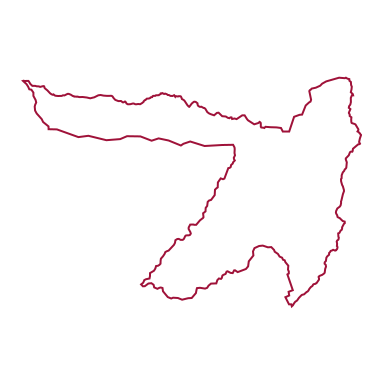 the district of Tambores, Paysandú, Uruguay
{"feature_id": "84410073B26117167453327", "entity_name": "Tambores", "entity_type": "district", "adm_level": 2, "iso_a3": "URY", "parent_name": "Uruguay", "parent_adm1": "Paysandú", "projection": "natural_earth1", "projection_center": [-56.592, -32.019], "detail": "fine", "context": "isolated", "style": "outline", "palette": "rose", "viewbox_px": 384, "rotation_deg": 0, "n_neighbors": 0, "source": "geoboundaries", "source_scale": "gbopen_adm2", "svg_char_len": 5951}
<svg xmlns="http://www.w3.org/2000/svg" viewBox="0 0 384 384"><path d="M291.8,306.3L292.9,305.3L294.0,303.4L295.2,301.8L297.1,300.5L298.9,297.9L301.2,295.5L301.9,294.9L304.1,294.3L306.7,291.9L307.5,291.6L308.4,290.6L309.4,288.8L310.9,287.0L312.4,286.0L313.2,284.5L313.9,284.1L315.2,283.9L315.7,283.4L316.4,283.3L319.0,279.6L319.0,278.4L318.6,277.1L318.7,276.6L319.8,275.8L322.3,274.8L324.3,273.3L324.7,272.6L325.2,268.8L326.0,266.7L325.7,264.8L324.6,263.7L324.6,262.9L324.8,262.2L325.9,261.0L326.4,257.6L327.3,256.3L329.1,254.7L329.1,253.0L330.0,252.1L330.7,250.9L332.0,250.5L333.1,249.8L335.1,250.6L335.6,250.2L336.2,250.2L336.7,249.3L337.1,249.0L337.5,247.6L337.3,246.4L336.9,246.1L337.1,243.7L336.7,241.5L337.2,240.5L338.3,239.7L338.6,239.0L338.8,237.5L338.4,236.8L338.2,233.4L339.4,232.9L340.7,230.5L341.7,229.8L342.1,228.7L342.1,227.3L343.9,223.9L344.8,223.1L344.7,221.6L342.7,221.0L339.6,218.0L338.3,217.5L337.5,216.9L337.2,215.3L336.3,213.8L335.9,212.7L336.1,211.1L337.3,208.5L339.8,206.6L340.6,205.4L341.1,203.1L341.0,201.5L341.4,200.5L342.9,194.2L344.0,191.1L343.9,189.9L342.9,186.4L342.1,184.9L341.1,181.3L341.0,179.1L341.6,178.3L341.7,175.2L342.8,172.4L344.2,170.8L344.7,169.5L345.9,168.4L346.3,167.6L346.8,162.3L345.8,159.5L345.8,158.4L348.8,155.3L349.7,152.9L350.2,152.0L351.0,151.6L352.3,151.7L352.7,150.9L352.8,149.7L353.0,148.7L358.1,144.4L359.6,144.1L360.0,143.7L359.1,142.0L359.9,138.4L361.0,135.2L361.0,134.9L360.4,134.4L360.1,133.5L359.5,133.2L358.8,132.2L357.5,131.5L358.4,129.9L358.3,129.2L355.5,124.5L354.7,124.0L351.9,123.1L351.5,122.7L351.3,121.7L351.2,119.4L351.4,117.3L349.7,116.0L349.7,114.5L348.9,113.1L348.9,112.6L350.4,109.1L348.8,107.8L349.1,106.2L350.3,104.6L350.9,102.1L350.8,97.9L351.9,95.3L353.1,95.3L352.8,94.1L350.8,92.2L351.5,89.4L351.8,86.7L351.1,85.0L350.9,82.0L349.4,80.7L349.3,79.1L347.5,78.7L345.9,77.7L344.9,78.2L339.1,77.7L326.2,81.4L322.1,83.7L320.2,85.7L315.8,87.7L311.7,88.6L310.6,89.8L309.8,90.2L309.3,91.1L311.1,99.8L310.5,101.6L309.1,102.4L305.7,105.5L302.1,114.6L299.6,114.8L294.1,116.8L289.2,131.5L282.8,131.5L281.0,128.0L276.6,127.4L270.2,127.2L265.5,126.8L264.3,128.0L263.5,127.7L261.3,127.5L260.8,126.8L260.8,123.7L260.6,122.7L260.1,122.2L259.5,121.9L258.9,122.7L258.1,123.1L254.2,124.3L248.0,120.3L247.0,119.1L244.6,115.3L242.3,115.3L236.6,119.1L234.5,118.5L232.1,119.0L231.5,117.4L230.4,117.4L229.4,118.2L227.8,117.8L225.8,116.5L222.2,116.2L218.6,112.7L216.9,112.9L214.1,115.3L211.1,114.3L209.2,113.5L207.3,112.1L205.4,108.9L204.9,108.4L204.3,108.0L203.7,108.0L201.3,106.7L200.0,106.9L198.4,106.1L197.6,104.8L197.5,103.3L195.7,101.9L194.2,101.7L193.6,102.0L191.8,103.5L189.3,106.8L188.9,106.7L187.5,105.3L184.6,100.9L183.7,100.0L181.9,99.0L181.5,97.7L180.9,96.5L180.2,96.2L178.6,96.2L178.0,96.5L176.5,96.2L175.9,96.5L175.3,96.1L175.1,96.6L174.1,95.2L172.5,96.0L170.5,95.9L168.8,95.0L167.8,95.0L166.8,94.2L165.1,93.6L164.1,94.0L162.8,93.3L162.3,93.1L161.8,93.5L161.3,93.3L160.7,93.4L160.5,94.1L159.3,94.7L158.8,95.2L155.9,95.3L155.4,95.8L153.1,95.9L152.4,96.5L152.2,97.1L150.6,97.4L150.2,98.0L149.0,98.5L146.7,98.7L145.4,100.1L144.7,100.2L143.7,101.3L143.6,101.8L142.2,103.0L140.2,104.2L138.1,104.0L136.1,104.3L135.2,104.2L133.7,103.5L132.9,103.5L130.3,104.2L127.9,104.3L126.6,103.6L125.5,101.8L125.0,101.5L123.6,102.3L122.7,102.3L121.0,101.0L118.4,101.1L115.3,99.9L113.7,98.2L112.5,96.4L111.7,95.9L111.0,95.8L107.3,95.9L103.5,95.6L100.6,95.0L98.3,95.3L94.3,97.3L90.2,98.3L86.8,97.5L82.6,97.0L79.2,97.1L77.6,96.6L77.0,96.8L76.4,96.6L74.2,96.6L73.9,96.2L72.8,96.0L70.8,94.7L68.8,93.9L67.5,93.9L64.5,95.4L63.0,95.3L61.7,95.9L58.1,96.0L55.9,95.8L55.0,95.6L53.5,94.4L52.9,94.8L51.5,94.3L50.1,93.3L47.4,90.4L45.2,88.6L44.5,87.8L44.2,86.4L43.8,86.1L43.2,86.1L40.1,86.9L38.9,86.4L36.7,86.3L35.3,85.9L32.4,85.9L30.4,84.0L28.7,81.2L28.3,80.9L24.6,81.0L23.6,80.7L23.0,80.9L26.5,84.1L28.1,86.6L29.3,89.3L31.4,89.7L33.4,92.6L33.4,95.9L35.6,100.0L36.2,102.5L35.2,104.7L34.7,106.6L35.1,110.6L36.7,113.5L41.7,119.1L43.1,122.0L48.5,126.4L48.6,129.2L56.9,129.4L78.4,137.1L88.4,135.8L106.4,140.2L120.2,139.1L127.0,136.2L140.4,136.4L151.6,140.7L158.6,138.4L168.6,140.5L180.9,145.5L183.4,143.8L190.2,141.5L204.6,146.0L222.2,145.0L233.1,144.8L234.5,147.4L234.7,149.0L234.5,153.1L235.0,155.3L233.8,157.8L234.0,159.1L234.8,160.5L233.0,162.4L232.8,163.5L231.1,165.0L230.7,167.0L229.6,167.9L228.3,168.1L224.4,178.6L223.0,179.2L220.7,178.4L217.9,182.4L217.7,187.4L216.4,188.3L215.0,189.7L214.7,195.1L211.1,199.9L209.1,200.5L207.7,201.9L207.2,205.9L205.7,207.9L205.5,211.4L203.1,213.3L203.5,217.2L203.1,217.9L200.0,220.3L196.2,224.8L194.1,224.8L193.3,224.5L190.2,224.6L188.7,227.4L188.6,228.9L190.4,232.2L190.8,233.6L190.1,234.8L189.0,235.3L186.1,235.4L185.2,236.1L183.9,238.9L182.7,239.9L180.7,239.9L178.8,238.9L177.3,239.0L175.4,240.2L175.0,242.8L174.0,244.8L168.6,250.6L166.9,251.2L165.3,252.1L164.6,253.9L163.0,256.3L160.9,258.7L160.6,260.8L160.5,263.7L159.4,264.9L157.9,265.8L156.1,266.0L155.3,268.6L154.0,270.7L150.0,273.1L150.0,276.0L149.5,278.5L146.1,279.2L144.3,280.1L143.6,281.9L143.0,282.9L141.1,284.4L142.9,286.3L144.8,286.2L148.4,283.5L151.4,283.2L153.6,284.8L154.2,287.4L157.4,288.8L159.4,287.8L160.8,287.5L162.5,288.0L163.0,291.3L167.8,297.1L171.2,298.5L173.1,297.7L177.9,298.0L182.1,299.7L188.2,298.2L191.7,298.0L195.9,293.1L196.6,289.4L197.0,288.1L200.0,287.8L205.1,288.6L207.2,287.8L208.5,285.7L211.0,283.6L216.3,283.4L217.3,280.2L218.9,278.5L221.0,278.9L221.8,278.0L222.4,275.6L223.3,274.9L225.5,274.0L226.6,271.6L227.6,271.3L230.6,272.9L232.7,273.1L234.1,270.4L235.0,270.3L237.7,272.1L245.9,269.0L248.1,266.4L248.8,261.3L253.4,255.5L253.0,251.4L254.5,248.1L259.1,246.0L262.8,245.6L267.9,247.3L271.3,247.1L274.1,250.0L274.7,251.7L277.9,253.9L279.6,256.6L282.1,257.7L283.0,259.7L284.7,260.3L285.4,262.2L288.3,265.7L288.0,269.6L288.8,271.5L288.8,273.5L287.4,274.4L292.8,290.2L288.6,291.8L289.2,295.5L285.4,297.2L289.0,304.3L291.3,304.3L291.8,306.3Z" fill="none" stroke="#9f1239" stroke-width="2"/></svg>